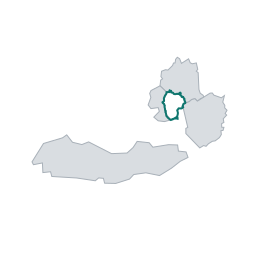 Lithuania shown with its bordering countries, rotated 254°
{"feature_id": "LTU", "entity_name": "Lithuania", "entity_type": "country or territory", "adm_level": 0, "iso_a3": "LTU", "parent_name": "Europe", "parent_adm1": "", "projection": "mercator", "projection_center": [24.055, 55.152], "detail": "fine", "context": "with_neighbors", "style": "outline", "palette": "teal", "viewbox_px": 256, "rotation_deg": 254, "n_neighbors": 4, "source": "natural_earth", "source_scale": "50m", "svg_char_len": 3719}
<svg xmlns="http://www.w3.org/2000/svg" viewBox="0 0 256 256"><g transform="rotate(254 128 128)"><path d="M73.6,145.2L80.0,132.8L81.7,120.7L78.5,115.4L78.1,100.9L81.4,90.3L86.4,90.5L88.1,86.0L86.3,82.0L94.1,64.9L102.4,41.4L107.3,41.5L108.6,33.9L118.0,36.1L118.8,27.0L121.9,26.4L136.4,42.5L136.6,62.4L138.3,67.2L129.6,70.7L124.8,79.1L125.5,86.3L107.9,105.1L104.2,120.2L107.8,127.5L112.6,133.1L108.0,144.3L102.7,146.6L100.8,162.4L98.0,171.0L91.9,170.1L89.0,177.2L83.2,177.6L81.6,169.1L77.4,158.7L73.6,145.2Z" fill="#d9dde1" stroke="#a8b0b8" stroke-width="1"/><path d="M159.7,170.4L165.0,172.6L165.7,174.8L168.3,173.8L173.3,175.9L173.7,180.0L172.7,182.4L175.8,188.1L177.9,189.6L177.6,191.2L180.9,192.7L182.4,194.9L180.4,196.7L175.4,197.2L177.8,205.3L173.5,205.8L172.0,207.5L171.7,211.6L165.1,211.2L163.8,209.3L161.9,210.7L145.4,206.8L141.5,207.0L138.8,209.2L136.4,209.5L136.3,205.9L134.7,202.1L137.7,200.4L137.8,197.1L136.4,193.9L136.2,190.2L141.0,190.2L146.5,187.0L147.6,182.1L151.7,179.3L151.3,175.3L159.7,170.4Z" fill="#d9dde1" stroke="#a8b0b8" stroke-width="1"/><path d="M136.2,190.2L136.4,193.9L137.8,197.1L137.7,200.4L134.7,202.1L138.9,216.5L138.4,218.7L135.9,219.6L131.3,226.1L132.6,229.6L126.7,226.2L123.1,227.3L120.7,226.5L117.8,228.1L115.2,225.4L113.2,226.4L110.6,222.1L106.9,221.7L106.4,219.2L102.9,218.3L102.2,220.4L99.5,218.7L99.8,216.6L96.0,215.9L93.6,213.3L91.6,208.2L92.0,205.4L90.7,201.0L88.9,198.0L90.3,195.8L89.1,191.5L106.7,182.1L111.7,183.5L112.1,185.6L132.4,186.6L134.9,187.5L136.2,190.2Z" fill="#d9dde1" stroke="#a8b0b8" stroke-width="1"/><path d="M155.3,158.4L157.7,160.5L159.7,170.4L151.3,175.3L146.4,171.0L143.8,170.4L143.1,168.5L129.7,168.9L124.0,171.6L124.1,164.8L126.6,159.0L131.3,155.8L135.3,162.7L139.3,162.6L140.3,155.4L144.6,153.7L151.1,158.4L155.3,158.4Z" fill="#d9dde1" stroke="#a8b0b8" stroke-width="1"/><path d="M132.5,186.3L132.3,185.9L132.1,185.2L132.1,184.6L132.3,184.0L132.9,182.2L132.8,181.9L132.4,181.4L131.9,181.0L131.5,180.2L130.4,180.2L129.4,180.2L129.1,180.2L128.1,179.9L127.1,179.4L126.5,179.0L125.9,178.7L125.6,178.3L125.2,178.4L124.9,178.4L124.7,177.7L124.9,176.8L124.5,175.3L124.0,173.6L123.9,171.7L123.9,171.3L125.3,170.2L127.0,169.1L127.3,169.0L128.9,168.3L129.1,168.2L130.5,168.4L131.6,168.5L132.6,168.5L133.1,168.3L133.6,168.5L133.9,169.0L134.3,168.9L134.7,168.6L136.8,168.9L137.3,168.9L137.8,168.9L138.8,169.2L139.3,169.5L140.6,169.3L141.1,169.3L141.4,169.2L142.3,168.5L142.6,168.3L143.0,168.2L143.3,168.3L143.5,169.0L144.1,170.1L144.8,170.3L146.7,170.7L147.1,171.0L148.2,171.9L148.8,172.4L149.2,172.8L149.8,173.6L150.2,174.1L150.8,174.5L151.5,174.8L151.8,174.9L151.8,175.3L151.6,175.9L151.4,176.8L151.1,177.5L151.1,177.8L151.3,178.0L152.2,178.1L152.6,178.2L152.7,178.4L152.5,178.6L152.2,178.8L152.0,179.0L151.8,179.6L150.2,179.5L149.9,180.0L149.9,180.3L149.7,180.7L149.3,181.1L148.6,181.2L148.1,181.5L147.7,182.2L147.4,183.2L147.4,183.9L147.4,184.3L147.4,184.6L147.2,184.8L146.9,185.5L146.6,186.2L146.5,186.6L146.9,186.8L147.3,186.9L147.5,187.2L147.6,187.5L147.6,187.9L147.5,188.1L147.2,188.2L146.6,188.2L146.3,188.0L146.3,187.9L146.4,187.6L146.3,187.1L146.1,186.9L145.6,187.3L145.2,187.3L144.7,187.6L144.3,188.1L144.0,188.3L143.1,188.2L142.9,188.4L142.7,189.4L142.6,189.6L141.9,189.6L141.1,190.0L140.3,190.3L139.9,190.1L139.7,189.8L139.3,189.9L138.8,190.0L138.5,189.9L138.1,190.0L137.4,190.2L136.5,190.1L136.2,189.9L136.1,189.4L136.1,188.7L136.0,188.2L135.6,187.7L135.1,187.4L134.6,187.0L134.2,186.8L133.9,186.8L133.9,186.6L133.8,186.4L133.6,186.3L133.2,186.1L132.8,186.0L132.5,186.3ZM123.5,178.3L123.2,178.2L123.8,177.2L124.0,176.6L124.1,175.6L124.3,175.3L124.3,175.8L124.2,176.5L123.8,177.7L123.5,178.3Z" fill="none" stroke="#0f766e" stroke-width="2"/></g></svg>